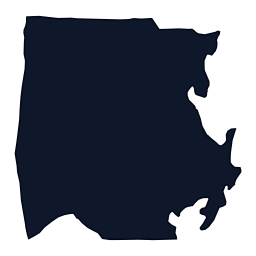 outline of Glaro, River Gee, Liberia
{"feature_id": "62588387B27164468507335", "entity_name": "Glaro", "entity_type": "district", "adm_level": 2, "iso_a3": "LBR", "parent_name": "Liberia", "parent_adm1": "River Gee", "projection": "natural_earth1", "projection_center": [-7.495, 5.389], "detail": "fine", "context": "isolated", "style": "filled", "palette": "ink", "viewbox_px": 256, "rotation_deg": 0, "n_neighbors": 0, "source": "geoboundaries", "source_scale": "gbopen_adm2", "svg_char_len": 2391}
<svg xmlns="http://www.w3.org/2000/svg" viewBox="0 0 256 256"><path d="M176.4,238.8L176.2,236.9L174.7,233.0L175.5,227.4L171.1,225.0L167.5,221.7L168.5,215.1L170.0,212.5L172.5,210.7L175.7,214.2L178.3,216.3L179.4,215.2L179.3,214.2L179.8,212.5L181.8,210.1L185.2,207.2L188.1,206.1L190.1,205.9L190.5,205.5L192.4,205.4L194.6,202.7L198.2,199.2L202.8,197.5L208.5,197.3L209.2,199.1L208.5,200.8L206.4,206.3L204.7,208.1L202.2,208.5L200.4,210.2L200.4,213.1L201.7,213.9L205.6,215.1L206.9,217.7L203.4,223.8L200.6,227.5L200.4,228.5L201.4,229.7L205.1,229.1L208.4,226.6L213.6,219.8L219.0,207.2L222.6,206.1L225.3,204.5L225.7,201.7L224.6,197.8L222.7,191.4L225.0,185.4L227.5,184.8L228.6,186.5L228.3,189.0L229.4,189.3L232.3,186.2L234.4,184.4L234.5,182.5L236.0,178.7L238.3,175.3L240.6,172.0L240.6,170.0L240.0,167.8L234.6,167.5L232.1,165.4L230.0,162.6L230.0,156.9L230.2,153.0L231.9,140.2L235.4,128.9L231.3,129.2L228.0,131.3L226.5,134.7L226.9,140.6L224.6,143.7L221.4,146.2L218.7,145.5L216.1,142.9L211.4,139.1L208.4,136.4L207.7,135.6L207.1,136.0L205.1,132.4L201.8,126.1L200.0,118.6L197.0,110.2L193.5,107.6L194.9,107.2L194.1,105.8L188.4,100.1L187.0,95.7L186.9,92.0L189.0,88.8L191.0,86.5L191.2,86.2L192.3,85.5L193.8,86.1L194.8,89.0L195.0,92.0L196.2,94.3L204.6,97.1L205.9,96.2L206.5,94.1L206.2,92.7L207.0,91.5L206.6,90.9L207.4,88.0L208.8,85.3L208.8,81.6L204.1,70.4L203.9,67.1L203.8,60.7L206.0,55.3L207.1,53.8L208.4,53.8L211.8,54.8L215.1,50.7L216.4,47.5L216.8,42.8L216.2,40.1L217.6,36.3L219.1,34.2L219.5,31.8L219.2,31.7L217.9,31.3L215.5,32.5L210.7,33.6L204.9,35.0L198.6,34.1L195.8,32.7L193.9,30.7L191.9,29.4L189.1,29.6L178.9,29.1L167.8,29.5L159.1,29.7L151.7,18.7L141.3,19.3L133.7,18.8L128.8,19.8L119.8,20.1L100.2,19.6L76.5,19.0L71.5,18.4L58.3,18.7L55.2,18.4L39.1,16.6L30.4,16.9L29.0,17.0L26.9,17.0L26.7,19.5L26.8,21.8L26.7,22.3L25.8,26.3L24.3,29.8L24.1,32.9L25.0,37.2L24.6,42.4L24.4,50.1L24.3,53.7L25.7,60.8L25.3,69.2L24.1,76.4L22.4,87.3L21.2,97.2L20.3,110.1L19.9,119.3L18.2,133.5L16.9,143.6L15.4,153.5L17.3,165.6L17.8,171.9L20.2,182.6L21.1,193.6L21.6,200.1L24.0,214.1L25.3,221.7L25.5,221.3L26.0,226.9L27.7,235.1L28.8,238.5L34.0,235.7L39.3,232.5L44.0,227.1L51.2,221.4L58.1,216.7L64.1,214.5L70.5,213.2L73.7,213.2L77.2,218.1L77.9,217.5L82.3,222.6L85.7,225.4L87.9,227.2L92.4,229.7L98.3,232.7L102.5,238.3L109.5,239.3L117.7,239.3L138.1,239.0L153.2,239.4L176.4,238.8Z" fill="#0f172a" stroke="#020617" stroke-width="1.5"/></svg>